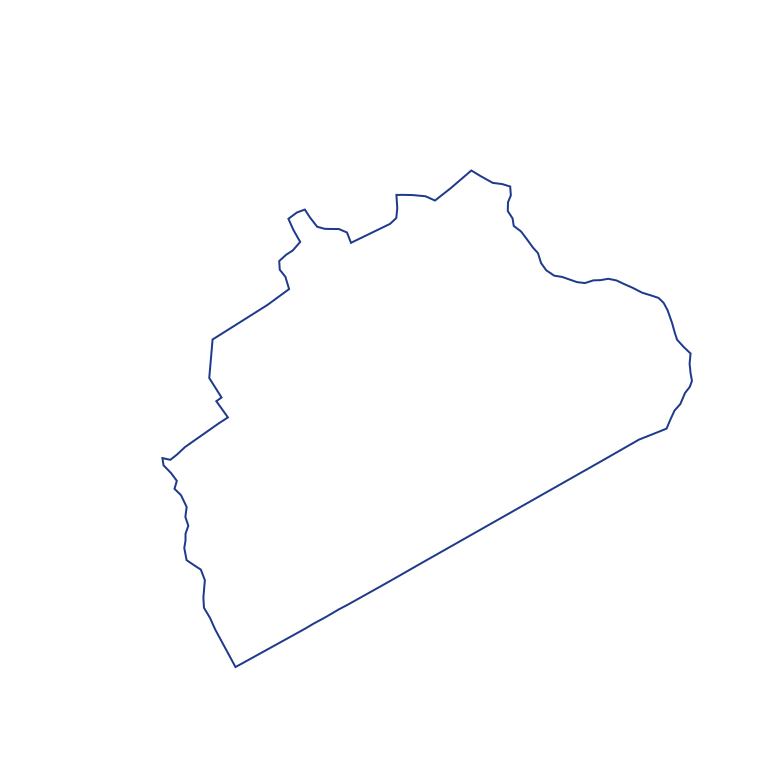 Nova Veneza, Santa Catarina, Brazil (Mercator projection), rotated 147°
{"feature_id": "56859067B1562580013950", "entity_name": "Nova Veneza", "entity_type": "district", "adm_level": 2, "iso_a3": "BRA", "parent_name": "Brazil", "parent_adm1": "Santa Catarina", "projection": "mercator", "projection_center": [-49.6, -28.698], "detail": "fine", "context": "isolated", "style": "outline", "palette": "blue", "viewbox_px": 768, "rotation_deg": 147, "n_neighbors": 0, "source": "geoboundaries", "source_scale": "gbopen_adm2", "svg_char_len": 1546}
<svg xmlns="http://www.w3.org/2000/svg" viewBox="0 0 768 768"><g transform="rotate(147 384 384)"><path d="M146.4,205.8L136.3,212.6L129.2,215.0L124.1,218.8L120.8,226.5L116.7,234.5L110.3,242.6L112.4,251.4L114.1,261.4L112.3,268.3L109.2,278.2L106.0,291.3L105.3,299.7L106.9,306.7L112.0,313.1L117.8,320.0L123.1,329.3L127.9,336.6L132.6,344.2L138.6,350.1L145.7,353.1L152.0,356.9L160.5,359.2L166.6,364.3L171.9,371.1L176.3,376.8L182.3,382.2L186.0,391.0L186.4,399.9L183.6,409.9L184.8,417.5L185.3,427.5L186.0,437.4L189.1,445.9L186.0,452.8L186.0,461.6L181.0,468.9L174.9,473.1L170.6,480.9L176.0,487.3L183.3,493.5L190.0,506.2L194.5,515.5L221.4,511.9L241.3,510.1L247.0,518.9L257.0,526.8L264.5,531.9L270.6,535.8L277.2,524.1L283.3,516.5L291.7,515.0L334.8,520.4L332.5,531.2L337.4,538.5L343.0,542.2L349.2,546.4L354.4,552.3L355.4,564.1L355.4,573.4L363.7,575.3L374.2,574.6L376.1,562.3L376.9,548.8L387.7,545.7L395.7,545.7L404.9,544.2L409.2,536.6L408.3,527.7L411.9,515.3L438.6,513.8L503.5,514.7L527.3,484.2L527.6,461.2L534.0,460.9L533.1,441.0L543.9,441.0L585.2,439.5L596.6,437.5L604.5,436.8L610.2,442.5L613.2,435.9L611.1,425.3L610.5,415.6L616.8,410.2L614.8,401.3L616.5,388.3L623.0,380.7L625.3,371.7L632.0,366.5L635.8,360.7L640.8,355.3L645.5,343.8L641.8,335.0L638.7,328.1L641.1,317.0L646.8,309.7L651.9,303.1L656.9,294.3L657.3,282.8L659.3,269.8L662.7,227.5L583.6,221.8L573.8,221.4L560.3,220.3L544.8,219.6L535.1,218.7L490.0,215.7L448.3,213.3L241.6,200.8L200.5,198.5L171.3,192.7L162.9,198.4L154.8,203.5L146.4,205.8Z" fill="none" stroke="#1e3a8a" stroke-width="2"/></g></svg>